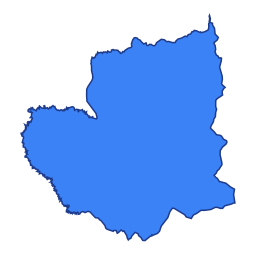 outline of Chang Klang, Nakhon Si Thammarat, Thailand
{"feature_id": "78962969B43171444996165", "entity_name": "Chang Klang", "entity_type": "district", "adm_level": 2, "iso_a3": "THA", "parent_name": "Thailand", "parent_adm1": "Nakhon Si Thammarat", "projection": "natural_earth1", "projection_center": [99.584, 8.363], "detail": "fine", "context": "isolated", "style": "filled", "palette": "blue", "viewbox_px": 256, "rotation_deg": 0, "n_neighbors": 0, "source": "geoboundaries", "source_scale": "gbopen_adm2", "svg_char_len": 5700}
<svg xmlns="http://www.w3.org/2000/svg" viewBox="0 0 256 256"><path d="M234.9,203.0L233.6,194.6L234.5,189.2L230.4,186.9L225.9,183.2L219.4,181.5L217.3,178.4L215.5,177.1L214.1,175.2L216.0,173.5L217.4,170.6L218.9,169.5L221.9,164.7L221.9,162.9L220.1,154.8L220.2,150.7L222.4,147.2L226.1,144.0L226.9,142.2L226.6,140.8L223.5,139.2L221.5,136.1L220.3,135.4L216.5,134.7L214.4,132.0L210.5,128.2L211.0,126.0L213.4,121.8L213.8,119.2L215.4,116.6L215.7,112.2L216.6,109.3L215.7,106.7L215.7,100.5L217.2,98.6L222.6,95.0L222.1,92.4L222.3,91.0L223.7,88.6L225.1,87.4L222.4,85.0L221.6,83.8L222.4,79.3L222.2,76.3L219.6,67.1L221.2,61.1L221.5,58.4L221.0,57.8L219.0,58.0L218.1,56.2L216.2,54.9L215.0,51.4L215.7,49.6L215.2,45.8L213.8,43.0L217.3,39.9L218.3,37.4L215.1,34.0L214.5,28.3L212.5,24.9L212.5,23.3L210.3,22.4L209.9,21.8L210.4,18.8L209.5,15.4L209.2,16.1L209.7,18.9L209.2,21.5L209.4,22.8L208.7,23.6L208.8,27.6L208.1,30.0L204.4,31.9L201.1,32.6L200.6,31.9L199.3,32.2L196.8,30.9L194.2,30.4L193.5,31.5L192.0,31.7L190.7,33.9L188.2,34.7L187.0,36.6L185.2,36.1L181.3,38.2L178.1,39.0L176.1,40.8L175.2,42.5L172.5,42.6L168.4,41.4L166.7,41.7L164.4,39.8L161.3,39.3L156.4,42.8L155.8,44.6L154.2,45.8L152.4,45.4L151.5,44.5L149.7,44.3L148.1,45.5L147.1,45.5L146.7,45.2L146.1,42.9L143.7,44.0L140.9,41.3L140.4,40.3L138.0,39.2L137.3,38.1L135.1,37.6L133.9,38.1L132.7,40.0L131.4,43.9L131.8,46.6L130.9,47.5L128.3,48.2L124.7,50.6L124.1,51.9L122.7,51.6L121.8,53.1L120.4,53.4L120.0,52.1L118.9,51.7L117.9,50.3L114.6,50.0L114.0,50.3L113.1,49.5L111.4,50.1L111.5,51.1L110.6,52.2L109.7,52.2L107.8,51.0L107.1,52.8L106.4,52.1L105.1,51.9L104.1,52.4L103.4,52.0L102.3,53.3L101.8,52.5L100.5,52.4L98.6,53.1L97.7,52.1L96.9,54.6L96.1,54.4L95.0,57.4L94.3,57.3L93.7,58.3L92.1,57.2L91.1,60.9L91.4,62.6L90.9,63.3L91.5,65.7L91.6,70.7L92.7,75.5L92.7,78.4L91.8,80.7L88.1,86.3L86.7,89.4L86.6,95.9L87.0,101.3L96.0,113.4L97.1,117.8L96.3,118.9L93.0,118.0L92.7,116.8L91.8,117.6L90.9,116.9L90.0,117.7L89.2,117.6L88.9,117.1L89.2,116.1L88.3,116.1L87.2,114.2L85.6,114.0L86.4,112.5L86.5,111.7L84.5,112.7L84.3,111.1L83.2,111.7L82.4,109.6L80.8,110.4L79.6,110.0L78.4,111.7L78.0,111.4L78.2,109.6L76.2,109.3L74.7,110.3L74.2,108.0L73.5,107.1L72.2,106.7L69.5,107.7L67.9,107.7L67.6,108.2L68.1,108.6L67.8,109.3L66.6,107.7L66.5,109.3L64.8,109.1L64.4,109.8L65.0,110.1L64.5,110.6L63.4,110.0L63.3,110.7L62.8,110.8L61.5,109.8L60.5,109.9L59.6,110.8L58.5,110.0L57.2,110.3L56.4,109.1L55.6,108.9L54.8,106.5L54.0,106.8L53.0,105.6L50.8,107.2L51.7,108.3L49.8,107.3L49.1,108.5L48.3,109.0L47.4,107.7L45.4,108.4L44.6,105.7L43.8,106.0L44.3,107.0L43.9,108.4L41.6,107.9L39.4,106.0L39.1,106.6L39.4,109.0L39.0,108.9L38.5,107.7L38.0,107.7L37.0,108.8L36.1,110.8L34.1,109.4L33.3,109.7L32.6,107.7L31.8,108.3L31.1,107.8L30.7,109.8L29.4,108.8L28.2,109.8L28.0,110.9L28.3,111.6L30.6,112.4L31.0,111.7L32.3,112.6L31.5,114.1L31.5,116.1L30.3,117.6L32.3,117.8L32.4,118.8L31.6,119.7L31.2,121.8L29.5,122.7L29.6,121.8L29.1,122.2L28.4,121.6L27.8,121.8L27.3,123.1L27.7,123.6L28.5,123.5L28.3,125.7L27.8,125.8L27.0,124.9L26.2,125.5L24.9,124.7L25.6,126.3L26.7,127.3L25.9,127.0L25.5,127.4L25.5,128.1L26.2,128.2L26.0,129.3L25.3,129.5L25.3,130.2L24.7,130.3L24.5,131.2L23.9,131.1L23.8,132.3L22.9,132.4L23.0,133.0L21.1,133.3L21.3,134.2L22.4,134.8L21.8,135.2L22.3,136.4L23.2,136.3L23.7,137.4L22.2,142.4L22.5,142.7L22.6,142.1L23.8,143.1L23.9,144.2L23.2,145.0L23.3,147.0L24.7,147.2L25.4,148.0L25.3,148.9L25.9,149.1L25.6,150.6L25.8,150.0L27.4,150.7L25.9,151.4L27.1,152.2L27.0,153.2L26.2,153.1L27.4,154.2L26.5,154.4L26.2,155.7L25.2,156.0L25.1,156.4L25.6,156.5L25.3,157.1L27.2,157.3L28.6,159.0L28.5,160.2L29.8,160.5L29.1,161.1L30.2,162.3L30.6,165.1L31.2,164.7L32.3,166.1L32.4,168.1L33.5,167.3L33.4,168.2L34.8,167.8L35.4,169.1L36.0,168.9L38.0,169.8L37.5,170.6L38.9,171.1L37.4,171.6L39.6,172.3L39.4,173.9L40.6,173.3L42.4,173.8L43.0,175.6L43.5,175.3L43.3,174.4L44.0,175.4L44.5,174.9L44.7,175.7L44.2,176.5L45.3,177.5L46.3,177.6L46.7,178.4L46.9,177.0L48.1,177.3L48.1,179.0L49.7,178.0L50.2,178.2L49.9,178.9L50.6,179.6L50.6,178.8L51.7,178.5L51.5,179.1L52.3,179.5L52.4,180.3L50.6,181.9L51.2,181.8L51.9,182.8L51.6,183.4L52.3,183.5L52.1,185.1L53.3,184.8L52.9,186.1L54.0,185.9L54.3,186.8L54.6,186.3L55.2,186.7L53.9,188.4L55.0,189.2L54.0,190.3L55.1,191.0L56.1,189.9L56.6,190.2L55.8,191.2L56.6,191.6L56.3,192.5L56.7,193.9L58.6,194.7L57.9,196.2L58.3,196.5L58.7,195.9L59.0,196.6L58.4,198.4L59.0,197.7L59.0,199.0L60.0,198.2L60.8,198.3L59.8,199.2L60.4,199.4L60.0,201.1L60.9,200.4L60.8,200.9L61.9,201.4L62.2,203.8L63.8,205.0L63.9,205.9L64.4,206.1L65.2,205.5L65.4,206.2L65.9,205.9L66.6,206.7L67.0,205.7L67.3,206.7L67.6,205.6L68.9,205.4L69.0,206.7L67.1,208.8L66.4,210.5L66.4,211.6L67.7,211.1L68.1,211.6L67.5,212.3L68.2,212.7L68.3,212.0L68.9,211.9L68.7,211.0L69.5,211.6L69.5,212.3L70.4,212.3L70.3,213.4L71.4,213.3L71.8,212.7L72.3,213.5L72.5,212.9L73.7,213.0L73.8,211.5L74.3,213.1L75.7,212.7L75.5,213.8L76.0,213.5L76.7,214.1L77.0,212.8L77.8,212.2L78.7,213.6L78.6,214.2L79.7,214.0L80.9,212.3L82.8,211.5L85.0,212.6L87.7,211.4L89.9,211.8L95.4,217.7L98.5,218.1L99.3,219.6L101.1,220.7L104.8,225.3L105.9,228.3L107.0,229.2L113.2,231.3L113.8,230.4L116.3,230.6L117.2,233.2L118.4,232.6L121.1,230.0L122.9,231.4L123.9,230.9L126.9,235.9L127.2,237.9L128.3,239.9L129.2,238.9L130.8,238.4L131.8,236.1L135.0,232.4L138.1,233.7L138.6,235.6L141.0,237.6L142.6,240.3L144.0,240.6L145.1,240.5L150.3,236.2L151.9,235.9L152.0,234.8L153.1,235.2L157.5,233.4L159.5,231.3L161.3,226.0L167.8,217.6L169.9,211.7L172.4,208.2L174.2,208.4L183.7,214.1L184.9,215.0L186.2,216.9L191.3,218.5L193.3,215.1L197.3,213.0L201.0,210.3L205.1,210.3L210.8,209.5L215.4,207.3L217.4,207.4L220.5,208.4L222.7,208.3L224.6,205.9L231.9,203.9L233.4,203.0L234.9,203.0Z" fill="#3b82f6" stroke="#1e3a8a" stroke-width="1.5"/></svg>